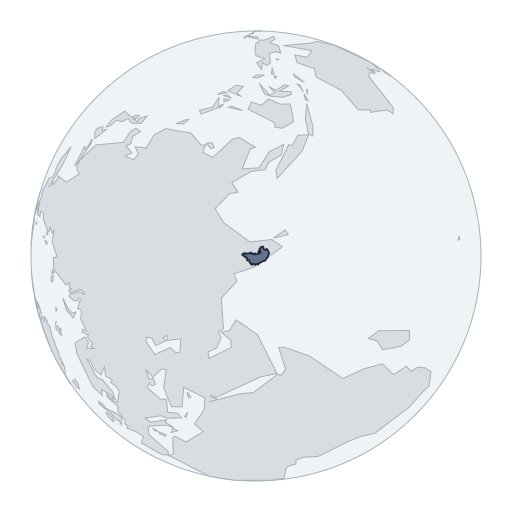 Karnataka highlighted on a globe, orthographic projection, rotated 260°
{"feature_id": "IND-2446", "entity_name": "Karnataka", "entity_type": "State", "adm_level": 1, "iso_a3": "IND", "parent_name": "India", "parent_adm1": "", "projection": "orthographic", "projection_center": [76.378, 15.043], "detail": "fine", "context": "on_globe", "style": "filled", "palette": "slate", "viewbox_px": 512, "rotation_deg": 260, "n_neighbors": 0, "source": "natural_earth", "source_scale": "10m", "svg_char_len": 13724}
<svg xmlns="http://www.w3.org/2000/svg" viewBox="0 0 512 512"><g transform="rotate(260 256 256)"><circle cx="256" cy="256" r="225" fill="#eef3f6" stroke="#a8b0b8"/><path d="M353.6,53.0L349.2,51.0L339.7,46.8L336.6,45.7L341.3,47.6L339.8,47.4L333.4,44.5L330.1,44.0L313.5,38.6L306.2,36.4L322.4,40.7L338.3,46.3L353.6,53.0ZM354.6,53.5L356.7,54.5L356.4,54.4L354.6,53.5ZM349.4,51.3L348.3,51.2L347.8,50.6L349.4,51.3ZM346.6,50.6L344.1,51.0L348.6,53.0L334.6,48.0L341.4,49.0L340.0,47.7L343.4,49.4L346.6,50.6ZM327.3,45.5L325.2,45.2L325.5,44.8L327.3,45.5ZM278.1,31.8L276.0,31.6L278.1,31.8ZM248.6,30.8L249.1,30.8L247.5,30.9L246.4,30.9L248.6,30.8ZM266.5,31.0L264.2,30.9L270.0,31.2L266.8,31.1L261.4,30.8L262.3,30.9L261.3,30.9L258.1,30.7L266.5,31.0L266.5,31.0ZM250.0,31.0L242.0,31.2L234.7,31.8L232.4,32.0L244.6,31.0L250.0,31.0ZM252.2,30.8L255.0,30.8L251.4,30.9L250.3,30.8L252.0,30.8L252.2,30.8ZM266.5,31.3L272.8,31.4L273.8,31.5L266.5,31.3ZM248.1,31.1L250.1,31.1L247.7,31.2L248.1,31.1ZM261.1,31.1L263.2,31.1L264.2,31.2L261.1,31.1ZM252.2,31.3L249.7,31.2L250.8,31.1L252.2,31.3ZM256.5,31.2L257.4,31.4L252.7,31.0L257.2,31.1L256.5,31.2ZM261.7,31.2L263.0,31.3L260.7,31.2L261.7,31.2ZM249.3,32.3L243.3,31.9L245.8,31.4L251.4,31.7L249.3,32.3ZM32.5,232.0L38.7,196.7L42.1,185.9L47.3,171.7L74.8,135.2L75.5,140.2L91.3,142.3L92.4,144.9L84.9,154.8L92.3,173.6L101.3,166.3L113.5,178.3L125.2,181.0L139.3,162.0L120.2,157.0L122.4,146.6L142.1,142.2L159.7,147.7L161.1,143.9L154.7,133.2L163.4,127.8L153.0,129.1L153.7,133.4L147.2,134.7L146.1,130.9L149.3,128.9L145.3,126.1L131.4,137.2L130.6,142.9L117.3,141.8L114.8,151.4L109.5,154.6L111.8,139.8L115.2,135.1L115.6,118.6L110.8,123.2L110.2,139.4L108.3,137.5L101.8,144.9L105.2,137.7L107.2,119.9L98.4,119.7L78.9,135.4L75.5,135.1L76.4,129.3L91.8,110.7L97.7,113.7L103.2,108.2L109.1,98.7L110.4,100.7L113.5,97.5L116.5,98.7L127.6,93.1L131.6,93.9L142.7,85.3L146.3,84.8L138.7,89.9L135.6,94.3L146.4,97.7L150.5,96.5L156.9,90.8L159.0,93.0L163.8,87.2L173.3,87.4L165.7,82.6L172.9,77.0L182.3,74.1L183.3,71.7L168.0,76.6L163.1,79.4L161.1,83.1L146.7,91.5L141.5,91.9L151.4,80.7L145.2,80.4L155.7,72.7L190.7,62.7L201.8,62.6L206.1,73.4L199.6,76.0L194.8,73.2L193.0,80.6L196.1,77.6L198.0,79.7L205.3,75.8L207.0,77.2L211.3,71.4L214.1,72.7L211.3,76.3L224.7,72.5L232.4,74.6L234.6,73.2L234.8,71.1L244.5,75.8L245.7,74.6L243.0,72.5L243.7,69.0L248.6,64.9L251.7,66.7L250.3,68.4L252.1,75.2L248.0,80.1L249.7,80.5L254.0,76.7L251.9,68.3L254.0,65.4L256.0,69.0L255.4,67.4L257.4,66.6L262.3,67.6L260.6,63.7L278.5,54.4L289.7,56.3L289.5,60.0L305.3,57.8L316.7,61.6L314.1,59.5L320.0,58.0L316.5,56.7L315.8,55.6L329.2,52.9L334.8,54.2L337.7,52.1L336.4,51.3L332.5,50.0L334.6,48.0L348.6,53.0L350.8,54.7L358.1,57.3L362.1,61.0L368.8,65.8L368.9,69.3L374.2,73.4L376.5,74.0L385.3,80.6L395.8,93.0L377.4,79.8L359.8,63.8L366.1,69.7L361.7,67.7L362.2,69.6L366.9,74.3L369.3,75.1L361.7,81.8L367.2,95.9L374.0,94.8L381.0,99.1L393.2,117.8L390.9,145.1L400.3,153.9L402.7,159.9L398.6,164.1L395.0,155.1L388.4,152.3L387.0,147.1L379.3,151.7L376.9,144.5L372.0,152.3L376.9,157.9L384.6,156.0L381.5,166.7L392.8,176.6L397.1,189.3L388.2,213.3L374.5,221.5L374.3,225.8L367.4,221.5L360.4,230.4L375.2,253.2L375.6,260.1L363.2,274.1L362.6,269.0L344.2,257.6L342.3,274.3L356.3,287.1L361.2,302.8L351.1,298.4L346.0,284.7L339.5,280.2L340.1,265.8L332.5,244.9L322.2,249.4L321.9,240.8L309.9,223.9L294.6,229.8L270.9,252.5L269.5,274.3L260.5,283.7L245.3,252.2L242.3,231.1L234.3,232.8L220.7,214.6L190.0,211.3L187.8,205.7L181.6,207.6L172.3,201.2L169.8,192.1L163.2,191.9L170.4,216.0L177.7,216.4L186.9,208.5L187.3,216.9L196.6,225.3L178.5,243.7L136.6,256.3L136.2,239.8L123.6,192.2L126.1,187.6L126.2,187.0L126.3,186.0L121.3,193.3L120.4,184.2L123.1,216.3L121.9,229.7L136.0,257.2L133.7,259.4L139.4,265.5L162.0,262.4L161.3,267.8L148.3,291.2L120.3,320.2L126.2,343.2L127.9,361.6L115.3,370.8L121.3,385.2L115.5,388.5L118.4,396.2L116.5,403.1L111.6,408.3L97.9,403.7L93.1,396.5L80.3,380.2L60.8,342.3L60.1,327.6L57.3,314.5L47.8,282.5L49.6,267.5L48.0,259.8L44.3,259.3L43.0,250.1L41.1,248.6L32.5,245.2L32.5,232.0ZM59.4,155.5L57.2,159.5L59.4,155.5ZM174.5,164.5L187.5,167.5L188.2,154.2L193.3,154.5L191.6,150.1L188.2,153.2L185.2,141.7L193.2,139.3L195.0,134.0L190.7,132.8L176.5,139.4L180.7,155.5L174.9,160.0L174.5,164.5ZM127.9,81.0L126.6,83.5L122.1,86.5L117.0,87.3L123.5,82.6L127.9,81.0ZM125.8,86.4L137.1,76.1L140.8,75.8L136.8,77.6L138.1,78.5L132.1,81.7L124.4,92.2L120.0,95.7L113.0,94.1L117.8,92.4L118.7,89.8L125.8,86.4ZM159.7,56.2L164.6,53.4L166.0,56.2L161.2,58.6L155.9,59.0L158.4,56.4L159.7,56.2ZM189.8,40.7L194.5,39.5L196.8,38.7L199.9,38.0L196.8,38.9L203.5,37.1L205.2,36.9L216.1,35.0L224.8,33.3L229.0,32.9L226.5,33.5L232.4,32.7L230.5,33.7L233.5,33.5L234.6,34.6L228.0,36.4L231.8,36.1L232.8,37.4L227.7,39.3L227.0,38.0L221.9,41.2L217.8,40.5L217.5,40.9L212.3,41.4L205.4,42.9L204.4,42.4L202.2,43.3L198.7,43.9L195.3,45.0L192.3,44.7L187.9,46.2L188.9,45.3L182.2,48.0L185.8,45.9L181.7,46.9L180.3,48.4L172.0,47.4L165.7,49.6L162.0,51.2L189.8,40.7ZM249.4,32.6L242.4,34.0L236.7,34.6L237.2,32.5L234.8,32.5L234.9,31.9L243.1,31.2L242.3,31.4L243.5,31.5L240.5,31.6L243.7,31.6L242.8,31.9L245.0,32.1L242.2,32.5L249.4,32.6ZM97.0,142.0L98.4,143.1L101.4,143.7L97.4,148.8L97.0,142.0ZM98.0,129.8L99.8,129.7L95.6,136.5L94.1,135.6L98.0,129.8ZM104.4,124.3L100.2,129.2L101.6,126.0L104.4,124.3ZM140.7,89.8L143.1,89.7L141.9,91.1L139.0,92.8L140.7,89.8ZM211.8,51.0L212.3,49.6L213.9,49.3L219.1,46.3L222.5,46.9L220.7,48.9L211.8,51.0ZM134.0,164.5L128.6,167.5L127.7,165.2L129.7,164.6L134.0,164.5ZM110.5,157.8L114.2,161.8L109.4,159.2L110.5,157.8ZM216.4,51.1L218.2,49.7L218.8,50.9L216.4,51.1ZM225.3,47.2L226.7,48.3L223.5,46.6L225.3,47.2ZM236.7,457.6L240.5,459.5L236.7,459.5L236.7,457.6ZM161.0,363.9L156.1,394.0L146.8,392.7L141.9,383.1L141.6,364.4L151.4,360.5L155.3,352.3L161.0,363.9ZM406.3,334.6L411.2,334.8L410.9,335.8L406.3,334.6ZM401.3,331.8L407.2,331.4L400.1,334.2L401.3,331.8ZM409.4,331.2L415.3,328.5L417.9,326.5L417.2,328.6L409.4,331.2ZM397.3,332.4L374.0,334.6L364.4,332.7L366.9,328.9L382.4,328.4L397.3,332.4ZM366.2,328.8L351.2,319.5L328.7,290.3L336.8,290.4L359.9,307.5L358.5,310.8L367.6,318.3L366.2,328.8ZM401.3,306.3L399.8,316.1L387.2,316.6L381.3,315.6L377.3,303.7L379.6,297.2L384.5,297.0L402.0,273.7L408.4,278.2L403.4,287.8L408.5,295.6L401.3,306.3ZM270.6,276.4L276.5,289.3L271.5,291.4L270.6,276.4ZM407.9,258.0L401.6,268.1L407.0,254.9L407.9,258.0ZM410.4,245.8L411.4,250.5L408.0,246.3L410.4,245.8ZM375.2,232.3L370.1,233.8L369.4,230.5L375.6,226.6L375.2,232.3ZM400.3,200.3L402.3,210.0L402.1,213.4L398.7,207.8L400.3,200.3ZM248.4,58.5L237.3,61.6L231.6,65.2L232.0,68.9L226.7,65.4L235.5,59.9L248.4,58.5ZM274.5,54.5L274.1,51.9L277.4,52.7L277.9,53.3L274.5,54.5ZM272.0,53.2L265.7,51.0L267.5,49.4L272.1,51.4L272.0,53.2ZM240.7,49.9L237.2,50.6L236.7,49.5L240.7,49.9ZM409.1,420.6L414.8,414.2L417.9,412.1L411.7,418.5L409.1,420.6ZM413.3,398.3L378.5,416.8L372.4,416.0L377.1,410.2L377.6,393.7L379.9,393.8L382.3,382.1L404.6,368.6L421.6,346.4L430.4,346.0L439.2,330.1L447.2,329.2L442.8,341.3L448.6,346.7L458.5,319.5L456.2,345.6L456.6,353.5L449.8,369.9L427.6,401.3L420.4,408.6L421.6,406.4L417.9,410.0L415.9,410.0L419.9,401.6L416.0,405.1L422.1,397.6L415.4,404.7L416.7,399.4L413.3,398.3ZM476.5,301.5L476.9,299.9L476.7,300.9L476.5,301.5ZM418.4,333.9L425.6,325.4L429.1,324.2L418.4,333.9ZM476.9,298.9L476.6,299.2L476.8,297.7L476.9,298.9ZM477.5,295.4L477.8,293.3L477.2,297.8L477.5,295.4ZM477.3,291.8L477.4,294.8L477.1,292.3L477.3,291.8ZM476.8,292.7L476.4,291.6L476.5,290.9L476.8,292.7ZM467.0,300.8L469.2,311.5L466.4,312.5L463.6,306.3L459.5,314.5L451.4,315.7L453.8,310.7L453.2,304.2L443.6,303.7L441.7,299.7L445.5,296.0L438.6,293.8L446.2,290.3L448.9,298.8L453.1,290.7L459.3,290.9L464.7,292.3L468.1,297.7L467.0,300.8ZM445.4,310.3L446.6,310.1L445.3,313.0L445.4,310.3ZM475.6,287.5L476.2,291.2L475.9,292.4L475.5,292.1L475.6,287.5ZM469.1,295.8L473.2,286.7L473.9,286.5L471.1,296.1L469.1,295.8ZM472.6,282.2L474.1,282.6L474.6,286.4L474.3,287.7L472.6,282.2ZM429.9,304.9L429.4,307.5L427.3,305.9L429.9,304.9ZM432.7,302.9L438.9,304.6L432.0,305.2L432.7,302.9ZM411.9,297.3L414.0,303.0L420.6,298.2L415.6,304.5L419.7,313.7L417.9,317.6L414.0,307.6L411.9,318.8L408.9,319.0L407.7,309.8L410.9,297.9L413.9,292.7L425.6,289.1L411.9,297.3ZM432.8,295.6L431.1,288.9L432.3,284.1L434.2,287.4L432.8,295.6ZM425.3,273.0L419.8,265.7L415.5,269.4L423.6,256.9L427.6,265.9L425.3,273.0ZM419.7,256.0L415.7,259.3L419.4,252.2L419.7,256.0ZM414.4,256.8L413.2,251.3L416.7,251.6L414.4,256.8ZM421.9,255.9L421.6,246.3L423.9,251.7L421.9,255.9ZM410.1,239.1L418.7,247.2L408.6,244.6L405.3,226.6L409.4,225.7L410.1,239.1ZM414.3,165.5L411.7,160.9L414.6,159.3L415.6,162.9L414.3,165.5ZM421.4,151.8L414.5,157.5L408.5,162.8L411.7,164.7L412.8,173.1L406.4,166.0L408.6,156.3L413.6,153.9L411.7,147.2L413.8,142.2L409.2,134.3L409.2,130.7L414.9,137.3L421.4,151.8ZM406.9,131.1L399.7,117.6L406.2,118.8L409.3,122.0L409.9,127.6L406.4,126.5L406.9,131.1ZM399.8,114.9L396.3,114.0L378.3,96.2L376.2,92.9L393.4,106.1L391.0,106.1L394.3,110.5L399.8,114.9ZM327.3,46.1L325.4,45.3L327.9,46.0L327.3,46.1ZM313.7,55.0L313.1,53.7L316.0,54.2L313.7,55.0ZM312.9,50.6L310.1,50.9L311.8,49.8L312.9,50.6ZM303.9,51.8L308.3,50.6L305.9,52.9L303.9,51.8Z" fill="#d9dde1" stroke="#a8b0b8" stroke-width="1"/><path d="M250.2,264.9L250.0,264.6L250.5,264.5L250.1,264.6L249.8,263.8L249.9,263.7L249.6,262.7L249.5,262.2L249.6,262.4L249.5,261.9L249.5,261.5L249.7,261.4L249.5,261.2L249.4,261.4L249.3,260.7L249.2,260.5L248.8,260.0L248.7,259.4L248.6,259.1L248.9,259.1L248.6,259.0L248.5,258.9L248.5,258.7L248.3,258.0L248.5,258.3L248.5,258.2L248.4,258.0L248.4,257.9L248.2,258.0L248.1,257.8L248.2,257.7L247.9,257.2L247.7,257.2L247.4,257.0L247.3,256.9L247.5,256.8L247.7,256.7L247.9,256.7L247.5,256.7L247.4,256.7L247.6,256.4L247.9,256.3L248.0,256.0L248.0,255.7L248.1,255.4L247.9,255.2L248.1,255.1L248.1,254.8L248.0,254.6L248.0,254.4L247.9,254.3L248.0,254.1L247.9,253.7L247.7,253.6L247.4,253.6L247.5,253.3L247.7,253.1L247.8,253.1L247.8,253.3L248.1,253.3L248.3,253.1L248.4,252.9L248.3,252.7L248.6,252.3L248.7,252.1L248.5,251.9L248.8,251.8L248.8,251.7L248.8,251.4L248.4,251.1L248.2,251.1L248.2,250.7L248.4,250.6L248.2,250.4L247.9,250.3L248.0,250.1L248.4,250.1L248.6,249.9L248.7,249.7L249.0,249.8L249.1,250.0L249.4,249.9L249.6,249.8L249.5,249.6L249.6,249.4L249.8,249.4L250.0,249.2L250.3,249.2L250.2,248.8L250.5,248.7L250.8,248.5L251.0,248.5L251.3,248.8L251.7,248.7L251.8,248.5L252.0,248.4L252.4,248.4L252.6,248.4L252.8,248.4L252.9,248.2L253.1,248.4L253.2,248.1L253.3,247.9L253.1,247.7L253.2,247.4L253.1,247.2L252.9,246.8L253.2,246.4L253.3,246.5L253.6,246.7L253.7,246.8L253.8,246.8L254.0,246.7L254.2,246.9L254.3,247.0L254.6,246.9L255.0,246.8L255.4,246.8L255.6,246.9L255.9,246.9L256.0,246.8L255.8,246.4L255.8,246.1L255.8,245.9L256.0,245.8L256.2,245.6L256.3,245.6L256.3,245.4L256.5,245.3L256.8,245.3L257.1,245.5L257.2,245.2L257.4,245.1L257.4,244.8L257.7,244.8L257.8,244.8L257.9,244.6L258.0,243.8L258.1,243.7L258.6,243.6L258.8,243.4L259.2,243.1L259.2,242.8L259.3,242.6L259.5,242.6L259.6,243.0L259.9,243.1L260.0,243.3L260.2,243.1L260.5,243.2L260.4,243.4L260.6,243.9L260.4,244.0L260.6,244.2L260.7,244.5L260.3,245.0L260.2,245.1L260.3,245.2L260.3,245.3L260.1,245.5L259.9,245.8L260.2,246.0L260.5,246.0L260.9,246.0L260.8,246.3L260.6,246.4L260.5,246.5L260.3,246.6L260.2,246.8L259.7,247.4L259.7,247.6L259.9,247.7L260.1,248.2L260.0,248.5L260.0,249.0L259.9,249.3L260.0,249.5L259.9,249.7L260.0,249.7L260.0,249.9L259.8,250.0L259.7,250.2L259.3,250.5L259.5,250.6L259.8,250.7L260.2,250.7L260.4,250.8L260.4,251.0L260.2,251.2L260.2,251.6L260.2,252.2L260.0,252.4L259.5,252.4L259.2,252.3L258.6,252.5L258.5,253.2L258.7,253.5L258.4,253.6L258.4,253.8L258.4,254.2L258.2,254.2L258.4,254.5L258.5,254.8L258.8,255.0L258.9,255.6L258.7,256.0L258.3,256.0L258.2,256.1L257.8,256.0L257.5,255.8L257.4,255.9L257.4,256.1L257.6,256.4L257.7,256.5L257.6,257.0L257.5,257.3L257.4,257.5L257.4,257.9L257.6,258.0L258.0,258.2L258.1,258.3L258.0,258.5L257.9,258.5L257.9,258.8L258.1,258.9L258.0,259.1L258.6,259.2L258.9,258.7L259.1,258.8L259.3,258.8L259.6,259.0L259.8,259.2L259.7,258.9L259.8,258.8L260.0,258.9L260.1,259.0L260.1,259.4L259.8,259.4L259.6,259.6L259.6,259.9L259.7,260.1L259.8,260.2L259.8,260.4L259.9,260.5L259.6,260.5L259.6,260.3L259.5,260.1L259.3,260.0L258.8,260.1L258.7,260.0L258.4,259.8L258.2,259.4L257.9,259.5L258.1,259.8L258.1,260.1L258.4,260.4L258.2,260.8L258.3,261.1L258.5,261.1L258.9,261.0L258.9,260.8L258.8,260.7L258.9,260.4L259.0,260.6L259.4,260.6L259.5,260.7L259.8,260.7L260.0,260.9L260.1,261.3L260.3,261.3L260.5,261.1L260.8,260.9L260.9,261.0L261.0,260.8L261.4,260.6L261.3,260.4L261.6,260.3L261.9,260.2L262.0,260.4L261.8,260.6L262.0,260.6L262.3,260.5L262.5,260.6L262.6,260.9L262.5,261.0L262.6,261.3L262.4,261.3L262.5,261.4L262.9,261.6L263.1,261.7L263.4,261.6L263.6,261.7L263.5,262.5L264.0,262.8L264.3,262.8L264.4,263.2L264.2,263.4L264.2,263.7L264.0,263.8L263.8,264.2L263.9,264.3L264.0,264.5L263.9,264.5L263.7,264.3L263.5,264.5L263.3,264.6L263.2,264.6L263.2,264.8L262.8,264.9L262.4,264.6L262.2,264.8L261.9,264.5L261.6,264.5L261.3,265.0L261.0,265.3L260.7,265.3L260.6,265.7L260.6,265.9L260.6,266.0L260.8,266.1L260.7,266.4L260.5,266.6L260.2,266.9L260.2,267.1L261.0,267.1L261.2,267.3L261.3,267.5L261.0,268.1L260.9,268.1L260.4,268.2L260.1,268.7L260.0,268.8L259.7,268.8L259.4,268.7L259.2,268.7L258.9,268.8L258.4,268.7L258.1,268.7L257.8,269.1L257.7,269.4L257.4,269.4L256.7,269.4L256.6,269.1L256.3,269.1L256.1,269.3L256.0,268.9L255.7,268.9L255.5,268.7L255.4,268.7L255.2,268.5L254.9,268.5L254.9,268.2L254.4,268.2L253.9,268.1L253.7,267.9L253.6,267.7L253.4,267.7L253.1,267.6L253.0,267.4L252.8,267.3L252.3,266.8L252.2,266.8L252.1,266.5L252.0,266.4L252.1,266.1L251.9,266.1L251.7,265.8L251.8,265.6L251.6,265.5L251.4,265.6L251.1,265.5L251.1,265.4L251.0,265.2L250.7,265.2L250.5,264.9L250.2,264.9Z" fill="#64748b" stroke="#1e293b" stroke-width="1.5"/></g></svg>